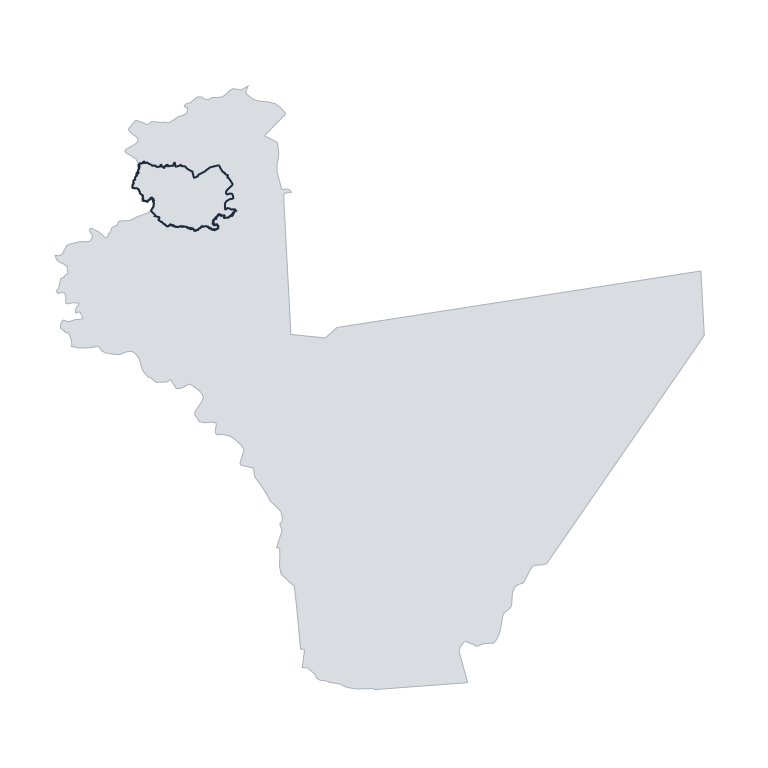 location of Kita, Kayes, Mali, rotated 87°
{"feature_id": "8926073B18522946307375", "entity_name": "Kita", "entity_type": "district", "adm_level": 2, "iso_a3": "MLI", "parent_name": "Mali", "parent_adm1": "Kayes", "projection": "natural_earth1", "projection_center": [-9.401, 13.202], "detail": "fine", "context": "in_parent", "style": "outline", "palette": "slate", "viewbox_px": 768, "rotation_deg": 87, "n_neighbors": 0, "source": "geoboundaries", "source_scale": "gbopen_adm2", "svg_char_len": 9739}
<svg xmlns="http://www.w3.org/2000/svg" viewBox="0 0 768 768"><g transform="rotate(87 384 384)"><path d="M112.1,608.5L112.3,605.2L109.9,602.9L109.8,601.8L111.2,592.4L111.0,589.9L112.1,585.2L110.5,583.0L110.1,581.4L106.2,575.3L105.0,570.1L103.0,566.6L98.5,565.6L96.8,568.5L95.7,569.0L94.0,566.9L93.4,565.0L93.4,563.4L87.5,555.2L87.9,550.8L90.1,548.5L91.0,544.7L88.8,540.4L89.2,536.2L88.9,530.4L85.4,525.3L83.1,523.0L81.2,519.4L82.8,511.2L79.3,504.2L85.8,507.0L88.9,504.4L91.9,500.9L94.4,496.2L95.6,490.3L96.1,485.3L98.6,477.5L101.8,473.7L108.2,468.3L109.9,468.8L120.5,480.4L126.4,486.3L128.6,489.4L130.6,489.4L133.6,483.7L136.6,478.8L138.0,477.6L148.5,477.0L154.0,477.9L158.9,479.3L165.9,479.7L184.1,476.1L184.4,473.8L184.1,471.0L184.9,468.9L186.4,467.0L187.7,466.6L188.3,473.1L189.8,474.1L194.1,474.4L329.6,474.4L335.0,440.3L325.1,427.9L287.7,61.6L352.0,61.6L363.1,69.9L571.9,231.0L573.0,236.2L572.8,243.4L574.4,245.5L577.5,247.9L589.3,254.7L590.3,256.1L590.8,258.9L592.2,262.4L594.7,264.5L597.7,266.0L601.2,267.0L611.9,268.1L614.2,269.7L618.9,276.1L621.4,277.4L635.8,280.8L640.5,282.5L645.6,285.4L648.4,288.0L648.5,298.0L650.6,304.5L650.6,306.1L648.4,308.8L647.9,310.7L645.4,315.8L645.9,317.8L651.0,321.8L653.5,322.8L656.3,322.8L686.6,316.1L688.7,409.3L687.6,410.8L687.1,427.3L685.0,437.0L681.2,444.2L678.9,454.9L677.5,457.0L676.5,463.2L674.3,466.7L670.4,468.1L663.5,475.0L663.0,480.5L646.5,477.4L645.4,477.5L644.7,478.2L644.4,481.2L602.2,482.9L581.5,484.1L568.6,496.7L560.2,497.9L549.6,496.9L544.2,496.8L542.1,497.5L541.7,499.8L524.8,493.4L518.6,495.4L517.6,494.7L516.7,493.4L513.7,492.6L508.9,492.9L505.4,493.9L494.8,503.8L489.1,506.3L478.5,512.2L471.1,517.3L468.4,518.2L464.3,518.4L460.8,519.5L457.8,530.9L455.7,532.0L443.0,527.4L440.4,528.1L438.2,529.4L431.1,536.1L427.6,541.4L425.8,548.6L426.1,553.2L424.9,554.6L421.6,555.0L415.7,553.5L413.8,554.1L413.1,557.6L413.2,565.3L412.0,570.5L408.5,572.1L405.8,574.1L403.6,574.7L401.8,574.2L391.5,566.5L388.0,565.2L384.2,566.1L380.5,569.4L373.9,577.5L374.6,580.4L376.5,583.7L377.8,587.9L377.8,591.6L368.4,596.9L370.6,600.8L370.4,611.4L366.1,616.2L364.6,619.3L360.4,622.7L356.8,624.6L345.3,627.4L340.7,630.7L338.6,633.4L338.1,636.4L338.5,639.7L340.8,646.7L340.1,653.0L338.3,660.4L336.5,663.7L331.2,667.5L332.0,672.3L332.5,679.2L331.7,688.1L330.1,694.2L328.8,693.6L323.7,693.9L318.2,695.7L316.2,697.3L315.8,699.3L311.1,704.2L308.0,703.9L305.0,702.6L303.5,701.3L303.4,700.5L305.2,696.6L305.3,695.3L303.4,688.5L303.7,686.7L303.0,681.5L302.6,681.3L296.5,683.5L296.2,684.5L297.2,687.8L296.6,688.4L294.4,688.3L291.3,687.2L288.0,684.2L287.2,685.2L286.8,687.6L286.6,690.4L287.4,695.6L286.6,697.5L281.3,697.2L277.0,697.8L275.9,699.6L275.5,701.7L276.5,704.0L276.4,705.0L274.5,706.4L273.7,706.3L271.3,703.8L261.7,701.4L260.8,697.9L259.7,697.8L256.6,693.6L255.3,693.7L254.2,694.4L250.6,694.1L247.3,697.8L244.9,702.4L242.3,704.6L238.3,705.6L238.9,702.7L237.7,698.7L229.3,693.7L228.0,691.6L225.9,680.2L226.0,676.8L226.5,673.8L226.3,671.5L225.4,669.7L222.9,668.0L220.3,667.2L217.0,669.5L215.4,669.9L213.9,669.7L213.1,668.9L213.2,667.8L216.8,661.6L218.6,659.1L222.1,656.1L223.0,654.6L223.1,653.4L222.8,652.6L220.4,651.5L216.8,648.6L214.8,648.3L213.2,647.0L211.5,642.6L210.7,641.7L208.9,641.2L207.4,640.1L207.5,629.3L203.9,621.3L200.8,611.0L199.1,608.6L196.3,606.5L192.7,605.1L189.6,604.7L186.1,605.9L186.1,606.8L188.1,610.1L188.4,612.0L188.1,613.7L187.4,614.9L182.7,616.1L176.3,619.8L174.2,624.2L172.7,624.7L170.3,624.2L153.4,616.8L146.3,620.0L141.7,626.4L140.6,628.5L138.5,630.4L137.3,630.4L136.0,629.1L131.1,619.4L129.0,617.1L126.3,617.0L124.0,618.6L121.7,621.9L118.7,624.9L116.8,625.8L115.1,625.3L108.2,618.8L107.8,617.4L111.0,609.6L112.1,608.5Z" fill="#d9dde1" stroke="#a8b0b8" stroke-width="1"/><path d="M154.1,589.8L154.8,590.0L155.1,590.6L155.2,590.9L154.9,591.1L155.2,591.5L155.5,591.9L156.6,592.1L156.7,592.4L156.5,592.8L155.7,593.1L155.5,594.0L154.8,594.6L153.6,594.8L153.5,595.5L153.7,595.8L154.7,595.6L155.2,596.2L155.3,596.8L155.1,597.5L155.6,599.1L154.9,600.1L154.1,600.6L154.3,601.0L154.1,601.7L153.7,602.1L153.8,602.6L153.7,603.0L154.0,603.9L152.9,604.9L152.0,607.0L151.3,607.6L151.0,608.3L150.5,608.7L150.9,610.6L150.7,611.3L149.8,611.3L149.5,611.5L149.4,611.9L149.4,612.5L149.7,613.0L149.9,613.1L150.6,612.6L150.8,612.7L150.8,614.5L151.2,614.9L151.0,615.4L151.1,616.0L150.9,616.3L151.6,616.8L151.7,616.4L152.1,616.6L152.4,617.8L152.5,617.8L153.0,617.7L153.0,616.9L153.5,616.9L153.7,617.2L153.9,616.8L154.3,616.8L154.3,617.3L154.6,617.6L155.3,617.2L155.7,617.4L156.4,617.3L156.6,617.9L157.0,618.1L157.3,618.0L157.8,618.5L158.4,618.6L158.8,618.3L159.3,618.5L159.9,618.5L160.2,618.2L160.4,618.6L160.1,618.7L160.0,619.6L160.6,619.7L160.7,619.9L161.0,619.6L161.1,620.2L161.3,620.2L161.3,619.6L161.5,619.9L161.7,620.0L162.0,619.8L162.8,620.5L163.1,620.5L163.2,620.2L163.6,620.5L164.0,621.2L164.4,621.6L164.7,621.8L165.1,621.7L165.8,621.9L166.8,621.8L167.2,623.0L167.5,623.0L167.7,623.4L168.3,623.8L169.1,623.6L170.0,623.8L170.4,623.4L171.4,624.0L171.4,624.4L171.7,624.7L172.5,624.6L173.0,624.9L174.2,625.1L174.8,624.9L175.2,624.6L175.0,623.5L175.3,623.3L175.7,622.5L175.5,620.9L175.9,619.9L176.2,619.8L176.7,619.0L177.0,619.0L177.1,618.6L177.9,618.6L178.0,618.4L178.3,618.4L179.4,617.7L180.0,617.9L180.9,617.8L181.2,617.1L182.4,616.2L182.7,615.2L183.1,615.0L183.8,615.1L184.0,615.0L184.4,615.2L185.1,614.8L185.6,614.9L185.9,615.2L186.1,614.9L186.9,615.4L187.4,615.2L187.4,615.4L188.0,615.4L187.8,615.0L188.1,614.3L188.3,614.6L188.8,614.1L188.7,612.4L188.9,612.1L189.1,612.1L189.4,611.4L189.1,611.2L189.1,610.9L189.6,610.6L189.4,610.3L188.7,610.2L188.1,609.8L188.1,609.0L187.9,608.6L187.5,608.5L187.4,608.0L187.1,608.1L186.6,607.6L186.5,606.8L186.2,606.6L185.9,606.9L185.6,606.3L185.7,605.9L186.4,605.4L187.0,605.3L187.0,604.7L187.3,604.4L188.1,604.6L188.3,605.3L188.6,605.2L188.7,604.7L189.0,604.2L190.1,605.0L190.5,604.5L191.4,604.2L192.7,604.6L194.9,604.9L195.8,605.5L196.0,605.9L196.6,606.1L197.6,607.0L199.1,607.5L202.5,604.4L204.1,603.2L204.4,603.7L205.2,601.5L205.5,600.0L206.2,599.6L206.7,599.7L207.4,600.0L207.7,600.5L208.6,600.5L208.8,600.0L209.4,599.5L210.1,598.4L210.5,598.1L210.4,597.5L211.5,596.5L212.2,596.2L212.4,595.5L213.0,594.9L213.3,594.2L213.7,594.2L214.0,593.7L215.1,592.7L215.1,592.1L215.4,591.7L214.9,590.7L214.5,590.7L214.4,590.5L214.3,589.9L213.8,589.4L213.9,589.1L213.4,588.7L213.8,588.2L214.8,587.7L214.7,587.1L214.3,587.0L214.2,586.6L214.4,585.9L214.9,585.5L215.4,585.7L215.9,585.1L215.7,584.2L215.9,583.7L216.3,583.4L216.1,583.1L216.4,582.4L216.1,581.7L216.5,581.0L216.3,580.9L215.9,579.2L215.7,579.1L215.6,578.4L215.9,578.3L215.8,578.0L216.0,577.5L216.5,577.5L216.6,577.0L216.5,576.2L216.1,575.9L216.3,575.6L216.5,574.7L216.4,574.0L216.7,573.7L216.7,573.0L217.0,573.0L217.2,572.7L217.2,572.4L218.0,571.9L217.8,571.3L218.3,571.0L218.5,570.4L218.2,570.5L217.8,569.8L218.6,569.1L218.7,568.4L218.4,568.0L218.6,567.9L219.2,568.1L219.1,567.2L218.9,567.0L218.7,567.0L218.7,566.7L219.8,565.7L220.1,565.5L220.2,565.8L221.0,565.5L221.1,565.0L220.8,564.8L220.7,565.1L220.7,564.1L221.0,563.9L220.5,563.3L220.6,562.9L220.5,562.3L220.2,562.2L220.4,561.6L219.0,560.6L218.8,560.3L218.8,559.8L218.7,559.3L217.3,558.2L217.0,557.8L217.7,557.7L217.3,556.3L217.4,555.6L217.2,555.3L217.1,554.3L217.1,553.4L217.5,552.5L217.5,552.0L217.8,552.1L218.4,550.9L218.8,550.9L219.0,550.7L218.9,550.4L219.4,550.5L219.5,550.3L219.3,548.9L220.0,548.5L219.8,548.2L220.1,547.8L220.6,547.9L220.6,547.2L220.9,547.3L221.1,546.8L220.7,545.4L221.5,545.4L221.6,545.1L221.5,544.8L220.7,544.2L221.0,543.4L220.2,542.3L220.1,541.6L219.9,541.4L219.5,541.4L218.9,541.8L218.0,541.1L217.2,541.3L216.8,542.1L215.9,542.5L216.5,543.0L216.6,543.5L216.4,544.0L215.5,544.6L215.4,545.3L215.9,545.3L216.3,545.0L216.5,545.3L216.0,545.6L216.0,545.9L215.5,546.5L214.4,546.7L213.4,545.6L213.2,545.6L213.1,545.9L212.3,546.3L211.9,546.1L211.7,546.2L211.4,546.0L211.2,545.0L210.6,545.0L210.4,544.7L210.4,544.1L210.0,543.7L210.3,543.0L210.1,542.9L209.9,543.0L210.0,543.2L209.6,543.6L209.2,543.7L208.9,543.5L209.1,543.3L208.6,542.6L208.6,542.1L208.4,542.0L208.2,542.2L207.5,541.8L207.3,541.6L207.2,540.8L206.6,540.9L206.7,541.2L206.3,541.0L206.0,540.4L206.0,539.9L205.8,539.5L206.4,539.3L206.9,538.6L206.5,538.3L206.5,538.0L206.8,538.0L207.3,537.5L207.6,537.5L207.3,536.5L207.2,534.6L207.4,534.4L208.4,534.7L209.3,535.3L210.0,534.8L209.5,533.0L209.8,532.0L209.8,530.7L209.7,530.6L209.2,530.5L208.8,530.1L208.9,529.7L208.2,528.9L208.4,528.0L208.2,527.8L207.4,527.8L207.5,527.3L208.1,526.7L207.6,526.2L206.6,526.6L206.4,525.7L206.1,525.6L206.0,525.8L205.2,526.0L205.0,525.8L205.2,524.7L204.5,524.3L203.8,524.4L203.4,524.0L203.2,522.7L201.8,523.6L201.7,523.9L202.0,524.8L201.6,525.8L201.9,526.8L201.8,527.5L200.8,528.6L200.1,531.2L201.4,532.8L201.2,533.5L196.4,533.5L194.8,533.0L193.3,531.9L191.7,529.1L191.2,527.5L191.2,526.1L190.6,524.8L188.8,524.8L186.2,525.7L185.8,526.9L185.8,528.3L186.4,529.9L186.4,530.9L185.2,531.8L183.5,531.5L181.7,530.2L177.5,525.1L176.2,524.8L170.2,528.3L169.6,529.5L169.1,529.6L168.5,529.1L167.3,529.0L167.0,530.1L166.1,531.4L165.5,531.6L165.4,532.0L165.0,531.9L164.1,533.1L164.0,533.6L163.3,534.2L160.4,535.8L157.3,537.2L157.0,538.3L158.6,546.5L159.9,548.2L161.0,550.2L162.3,551.5L163.4,554.2L164.3,555.8L165.0,557.9L166.8,559.3L167.0,559.3L167.0,560.0L167.9,561.6L167.8,562.1L168.0,562.6L168.0,563.0L167.7,563.2L164.2,563.8L162.5,564.2L161.9,564.1L160.0,567.5L158.1,570.0L156.9,570.5L156.1,571.8L155.8,574.8L154.9,575.1L154.5,575.7L155.2,576.8L155.7,578.4L156.1,580.4L155.4,580.9L153.0,581.1L152.1,581.4L152.1,581.8L153.3,582.7L154.1,582.6L154.9,582.8L155.1,586.3L155.3,588.4L155.1,588.6L155.1,588.1L154.3,588.2L153.8,589.0L154.1,589.4L154.1,589.8Z" fill="none" stroke="#1e293b" stroke-width="2"/></g></svg>